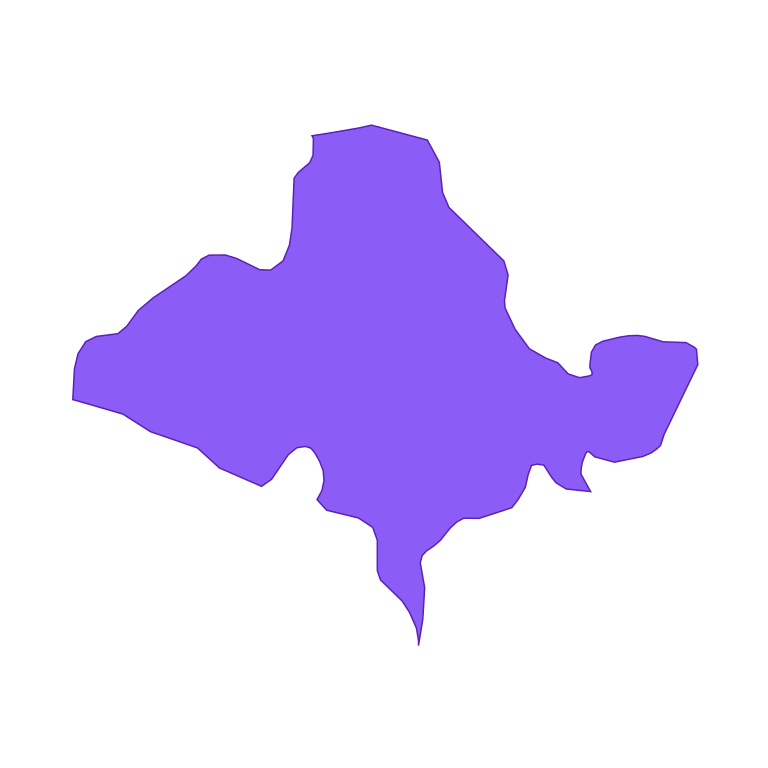 the Department of Ocotepeque, rotated 7°
{"feature_id": "HND-653", "entity_name": "Ocotepeque", "entity_type": "Department", "adm_level": 1, "iso_a3": "HND", "parent_name": "Honduras", "parent_adm1": "", "projection": "mercator", "projection_center": [-89.003, 14.47], "detail": "fine", "context": "isolated", "style": "filled", "palette": "violet", "viewbox_px": 768, "rotation_deg": 7, "n_neighbors": 0, "source": "natural_earth", "source_scale": "10m", "svg_char_len": 1650}
<svg xmlns="http://www.w3.org/2000/svg" viewBox="0 0 768 768"><g transform="rotate(7 384 384)"><path d="M91.7,439.7L77.0,437.4L74.9,406.8L76.6,391.2L82.8,378.3L92.6,371.9L113.7,366.5L121.6,358.1L131.1,341.0L144.4,326.6L174.2,300.7L182.9,290.0L187.5,282.3L194.7,277.4L210.9,275.3L222.6,277.4L246.6,285.7L257.6,284.8L268.8,274.1L273.2,257.8L273.7,240.3L269.7,190.7L273.1,184.5L283.3,173.4L285.7,165.7L284.0,149.0L282.3,146.4L296.8,142.3L327.7,133.0L340.1,128.6L397.3,136.6L411.9,157.2L418.8,186.8L426.9,200.8L487.9,247.2L493.9,260.7L493.4,286.5L494.9,293.8L507.6,313.9L524.0,331.3L541.1,338.5L554.0,341.8L565.5,351.5L577.3,353.9L587.0,350.9L589.5,349.2L588.7,346.0L586.4,342.9L586.0,338.9L586.0,327.1L589.2,319.5L596.1,314.8L611.8,308.9L621.0,306.3L629.7,304.9L637.4,305.0L655.9,308.1L678.6,306.1L687.4,309.6L689.9,311.5L693.1,326.5L668.2,399.7L666.0,411.1L662.8,415.1L657.5,419.9L649.9,424.3L622.3,433.5L602.1,430.6L595.8,426.2L593.8,426.5L592.5,428.8L590.3,437.9L590.0,444.7L590.5,449.5L602.2,465.6L577.7,466.0L566.8,461.1L561.6,456.0L552.5,445.0L545.6,444.9L540.3,446.8L538.1,456.4L536.9,469.2L530.9,482.9L525.9,491.2L494.7,505.8L479.5,507.5L473.2,511.9L467.4,518.7L459.1,532.1L453.3,538.6L446.6,544.4L442.8,549.6L441.8,557.1L449.2,581.2L451.2,613.0L450.1,639.4L449.6,634.8L446.0,622.5L437.4,607.9L428.6,597.3L404.4,578.9L400.1,570.0L396.4,539.9L390.3,527.7L375.0,520.1L342.5,516.3L331.6,506.9L335.4,497.2L336.2,487.2L334.2,477.4L329.4,468.4L323.9,461.0L319.3,456.6L313.7,455.5L305.2,457.9L297.7,465.7L284.0,492.3L274.9,500.5L230.9,487.4L206.7,470.2L158.1,459.8L128.5,445.7L91.7,439.7Z" fill="#8b5cf6" stroke="#5b21b6" stroke-width="1.5"/></g></svg>